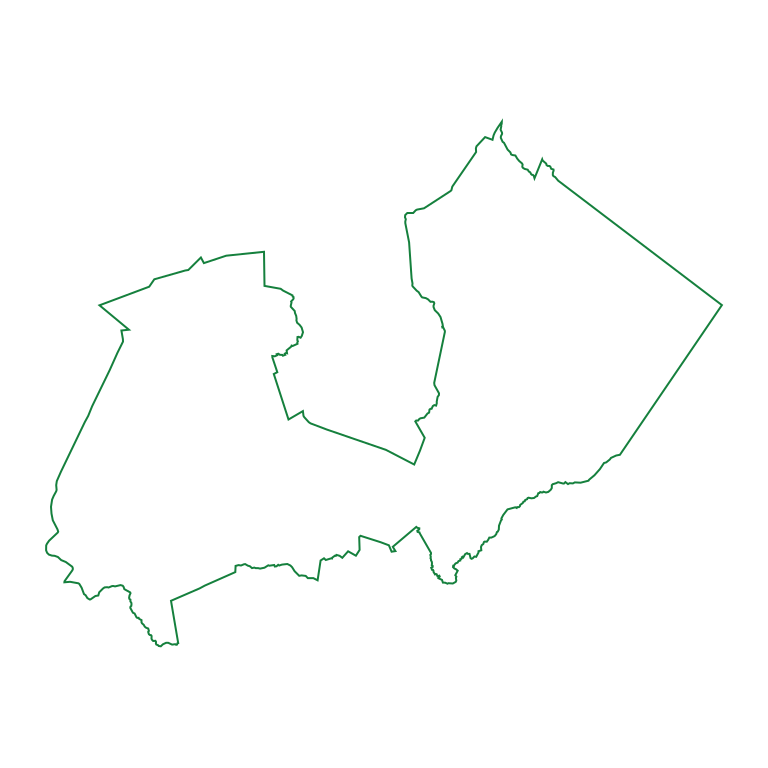 the district of Kieni, Central, Kenya
{"feature_id": "3690345B61847449937296", "entity_name": "Kieni", "entity_type": "district", "adm_level": 2, "iso_a3": "KEN", "parent_name": "Kenya", "parent_adm1": "Central", "projection": "natural_earth1", "projection_center": [36.912, -0.221], "detail": "fine", "context": "isolated", "style": "outline", "palette": "green", "viewbox_px": 768, "rotation_deg": 0, "n_neighbors": 0, "source": "geoboundaries", "source_scale": "gbopen_adm2", "svg_char_len": 6080}
<svg xmlns="http://www.w3.org/2000/svg" viewBox="0 0 768 768"><path d="M542.2,159.3L534.5,178.3L533.7,175.7L532.9,174.9L531.9,174.8L531.1,174.1L530.2,172.3L528.8,171.5L527.7,169.7L524.6,168.9L522.9,167.8L522.3,166.8L522.6,164.5L522.0,163.4L519.2,161.0L517.2,158.6L515.4,155.5L512.3,155.0L511.1,154.4L510.4,152.4L507.6,149.6L504.0,142.8L502.6,141.8L500.8,137.8L500.9,136.3L502.1,133.8L502.0,132.6L500.6,129.7L501.3,126.0L501.1,125.0L501.7,123.9L501.8,121.7L497.6,127.8L494.8,132.5L493.6,135.3L492.5,139.8L485.1,137.1L476.5,146.3L475.9,148.3L476.1,152.0L475.5,152.9L452.3,186.6L451.4,190.2L450.6,191.0L424.0,208.3L417.0,209.6L415.7,210.3L413.2,213.0L407.3,213.0L405.2,215.1L405.0,217.3L405.8,219.2L405.3,221.5L405.3,223.1L409.1,242.4L411.6,278.5L412.5,283.4L412.3,285.4L412.6,286.3L416.7,290.7L418.6,292.1L421.4,296.6L422.2,297.4L425.8,298.1L428.0,299.3L430.5,301.8L432.5,301.7L433.9,302.2L434.3,303.3L433.5,305.9L433.6,307.2L434.8,310.2L438.2,313.5L440.5,317.0L442.5,323.8L442.9,326.2L442.2,326.6L442.4,327.5L443.2,327.4L444.8,330.7L444.9,331.8L434.2,382.9L434.5,385.2L439.0,393.3L438.9,395.1L437.6,396.9L436.7,401.8L436.8,403.1L436.1,405.6L434.3,405.1L432.8,406.1L431.6,408.8L430.5,408.8L429.5,409.6L429.1,412.6L427.5,413.5L424.3,417.6L420.5,418.3L419.4,418.9L418.0,420.6L416.2,420.5L415.3,421.4L424.7,437.8L420.0,450.6L414.2,464.5L386.0,449.9L326.7,429.5L310.6,423.4L308.8,422.2L304.2,417.1L303.5,415.9L302.9,411.1L288.5,419.5L273.8,374.0L277.3,372.2L272.4,357.5L272.3,356.0L274.8,356.3L277.2,355.2L276.7,354.2L278.3,353.7L279.9,354.8L282.3,354.9L282.9,355.7L285.3,354.8L284.8,353.7L286.3,352.8L287.0,353.1L286.6,350.4L291.2,346.6L291.6,345.6L292.6,346.0L297.5,343.8L297.3,342.4L297.9,341.3L297.3,340.1L297.5,337.0L298.6,336.8L300.6,337.7L301.8,335.9L303.0,332.2L301.6,327.5L299.6,324.9L297.1,322.7L296.4,320.3L296.6,318.9L296.2,315.9L295.0,313.0L294.7,311.0L290.9,306.9L290.7,306.1L291.5,302.5L291.1,301.5L293.2,299.3L293.6,298.4L293.5,297.0L292.7,296.6L292.5,295.4L283.1,290.6L280.7,288.8L264.5,285.9L264.0,251.8L226.2,255.7L203.9,263.1L200.9,257.5L188.3,270.0L185.2,270.5L154.3,279.3L149.2,286.7L99.5,305.3L128.9,329.7L121.4,330.5L122.9,339.1L123.0,341.6L117.4,352.9L109.8,369.9L92.1,406.3L88.2,415.9L84.8,422.1L60.9,471.8L56.8,481.1L56.2,485.1L56.6,489.9L56.2,491.3L53.7,495.9L52.1,499.6L51.0,506.8L51.5,513.6L52.8,520.3L57.5,529.4L58.2,531.7L57.7,532.6L49.1,540.7L47.0,543.7L46.2,545.4L46.1,550.3L47.1,552.8L48.9,554.6L51.9,555.6L54.6,555.8L57.9,557.0L61.2,560.1L65.8,562.0L72.2,566.7L72.8,568.1L72.8,569.3L72.3,570.4L65.9,579.3L64.5,581.3L64.4,582.3L70.1,581.8L78.4,583.3L79.3,583.9L81.6,587.7L84.0,594.1L85.6,595.2L87.4,598.1L89.7,599.5L90.5,599.4L95.4,596.0L98.3,595.5L99.2,592.3L103.0,588.5L104.6,587.4L107.2,587.2L108.6,587.5L112.0,586.1L113.2,586.0L115.1,586.4L120.5,585.1L122.7,585.7L123.5,586.7L124.4,589.2L130.2,592.4L130.5,593.2L129.5,595.5L129.1,597.9L129.5,599.1L130.4,599.6L130.4,601.5L131.3,602.7L131.5,604.0L131.3,605.9L130.5,606.6L130.3,607.9L132.9,612.7L134.6,613.5L136.5,617.3L137.3,617.9L138.6,617.8L139.2,618.9L141.5,620.1L141.5,622.3L142.0,623.3L143.8,624.9L144.7,626.6L146.2,627.8L148.2,628.5L148.9,630.9L148.2,631.9L148.5,633.0L148.9,634.2L149.9,635.0L151.1,635.2L151.6,636.0L151.5,638.7L152.0,639.8L153.2,641.0L155.4,640.8L156.0,641.8L155.9,643.6L156.3,644.5L158.2,645.3L158.7,646.0L160.8,646.3L162.9,644.3L166.1,642.8L168.2,642.8L172.1,644.6L175.2,644.2L176.1,644.8L177.1,644.5L177.4,643.3L178.2,643.1L171.0,600.8L199.6,588.4L204.8,585.6L235.3,572.1L235.6,565.9L238.6,565.1L241.0,565.5L243.9,564.3L245.2,564.1L247.9,565.7L249.8,566.2L252.0,568.1L254.3,567.6L255.6,568.1L258.0,568.1L260.1,568.6L264.5,567.7L268.3,565.3L269.4,565.7L274.2,565.0L274.8,566.5L276.5,566.3L278.2,564.8L279.2,565.5L282.0,564.6L287.3,564.0L290.4,565.5L292.1,567.2L294.6,571.2L299.2,575.8L301.6,575.4L305.7,575.9L307.8,578.1L313.3,578.1L317.6,580.3L320.6,560.5L324.0,558.3L325.8,560.0L331.3,558.3L332.0,558.5L332.3,557.6L334.9,555.7L335.8,555.9L336.4,554.9L339.6,555.8L342.3,557.8L348.1,551.3L355.9,555.7L359.6,549.9L359.2,537.1L360.5,535.8L380.6,542.2L388.9,545.3L391.6,551.7L395.4,551.1L392.8,546.8L416.3,526.9L417.3,527.8L419.3,528.3L419.2,529.4L417.3,530.8L417.6,531.9L419.5,532.4L419.7,533.2L431.0,552.9L431.0,554.0L430.3,554.9L430.8,556.9L430.5,558.3L431.0,559.2L431.0,560.5L431.7,561.5L432.0,563.0L431.8,565.4L432.6,565.8L432.7,566.9L431.2,567.8L432.1,569.9L433.0,569.9L433.5,570.8L433.5,571.9L435.0,574.4L435.7,574.0L436.6,574.2L437.5,576.3L439.3,575.7L439.7,576.6L438.8,577.2L438.4,578.2L442.0,579.9L442.9,582.6L445.2,582.7L447.5,583.7L448.4,583.2L452.8,583.5L455.7,581.9L456.3,580.6L455.9,577.9L456.4,576.7L455.3,575.2L457.7,570.7L455.8,569.1L454.5,568.6L453.0,567.1L453.2,565.9L453.9,566.1L454.1,565.2L455.6,563.4L457.6,562.6L458.5,561.1L460.3,560.5L460.3,559.2L461.4,558.9L462.0,558.1L461.8,557.3L462.5,556.7L463.3,557.4L465.2,554.1L467.0,553.1L467.6,553.8L469.5,553.9L470.6,558.2L471.6,558.8L472.7,558.3L474.4,556.5L476.2,556.8L478.5,552.5L478.5,551.2L481.3,550.3L481.0,547.0L481.7,545.2L483.3,544.0L483.9,542.1L484.6,541.6L486.8,541.7L488.2,539.8L489.3,537.6L491.3,537.6L493.8,536.5L494.7,536.0L496.2,534.2L496.9,532.1L497.7,531.7L498.8,529.6L499.0,525.7L501.1,520.2L501.8,519.6L501.4,518.4L503.3,514.9L507.5,509.4L515.3,507.3L516.7,508.0L517.2,507.1L519.0,507.1L519.9,506.2L520.2,504.9L522.8,503.0L523.4,501.7L524.7,501.3L525.2,500.0L527.1,499.2L527.6,498.1L528.5,497.7L531.4,498.3L534.0,498.0L536.0,496.5L537.2,496.1L538.3,493.2L539.4,493.0L540.2,492.0L541.9,492.5L542.7,492.4L543.4,491.7L546.0,492.5L548.3,491.9L550.7,489.8L551.3,488.9L551.8,488.0L551.8,485.2L552.7,484.2L556.1,483.2L558.1,482.2L563.0,483.5L564.0,483.5L565.4,482.1L568.0,484.1L569.6,483.2L572.9,483.4L574.8,482.4L580.6,482.7L588.5,480.7L589.1,479.7L594.5,475.2L599.9,469.1L604.0,463.0L606.2,462.4L609.8,459.5L611.0,457.9L616.2,455.5L619.9,454.8L721.9,305.1L558.2,180.7L555.2,177.1L553.4,176.1L552.8,175.0L552.9,172.5L553.6,170.7L553.5,169.5L551.2,168.8L550.3,166.6L549.5,166.0L547.6,165.9L546.5,165.0L546.2,163.6L542.6,160.5L542.2,159.3Z" fill="none" stroke="#15803d" stroke-width="2"/></svg>